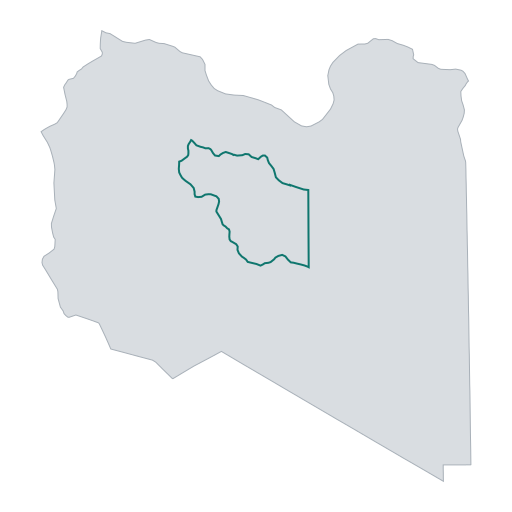 where Al Jufrah sits in Libya
{"feature_id": "LBY-2964", "entity_name": "Al Jufrah", "entity_type": "Municipality", "adm_level": 1, "iso_a3": "LBY", "parent_name": "Libya", "parent_adm1": "", "projection": "natural_earth1", "projection_center": [16.482, 27.933], "detail": "fine", "context": "in_parent", "style": "outline", "palette": "teal", "viewbox_px": 512, "rotation_deg": 0, "n_neighbors": 0, "source": "natural_earth", "source_scale": "10m", "svg_char_len": 4609}
<svg xmlns="http://www.w3.org/2000/svg" viewBox="0 0 512 512"><path d="M46.8,128.0L50.1,126.2L54.7,124.2L57.1,122.8L58.1,121.5L61.6,116.4L63.5,113.6L66.0,109.7L67.1,107.0L67.1,104.5L66.8,101.5L65.0,94.3L63.6,87.3L64.9,84.6L65.9,83.3L68.0,80.0L68.9,79.4L73.5,78.3L75.3,76.1L76.8,73.4L77.1,72.0L79.2,70.4L81.6,68.9L83.1,67.0L87.9,63.9L92.4,61.2L97.5,58.3L101.5,56.0L102.3,54.0L102.3,52.3L100.2,48.5L100.3,43.9L100.5,40.1L100.7,37.8L101.7,31.6L101.8,30.7L105.9,32.8L110.0,33.6L122.5,41.4L126.4,42.3L135.1,43.3L145.5,40.1L149.4,39.5L156.1,42.5L159.1,43.3L164.1,43.6L172.7,46.3L174.9,47.2L179.9,51.5L182.3,52.8L200.1,56.8L202.5,59.4L205.0,64.4L205.0,70.6L206.4,75.1L208.6,80.9L211.3,85.1L214.2,88.5L217.6,90.7L225.5,93.9L234.3,95.1L243.2,95.5L258.5,99.9L271.5,105.0L274.7,107.5L281.3,109.9L294.3,121.8L301.5,125.9L306.6,126.8L311.1,126.0L319.1,121.9L322.5,119.4L330.5,109.1L333.1,103.8L334.1,100.0L333.8,96.1L332.8,92.7L330.5,89.0L328.8,84.3L327.8,75.6L329.0,69.7L330.5,66.1L332.9,62.4L339.6,55.5L346.2,50.5L358.0,44.1L364.9,44.0L367.7,43.3L373.3,38.8L375.6,38.6L378.8,39.7L388.1,39.4L392.2,40.7L397.2,43.5L403.4,45.3L407.8,47.0L412.5,49.3L413.7,54.9L413.2,56.5L413.1,58.7L418.0,62.6L431.8,64.4L434.5,65.4L438.4,68.4L440.8,69.3L450.2,69.7L455.7,69.1L461.0,70.2L462.9,71.2L465.0,73.5L467.5,79.1L468.5,81.0L467.5,81.9L466.1,83.9L465.2,85.6L462.8,88.5L460.8,91.5L461.0,96.0L461.6,100.6L463.1,105.0L464.4,109.9L464.2,113.2L463.2,117.1L462.0,120.4L458.1,127.3L457.5,128.9L457.8,131.2L460.5,139.3L460.7,141.8L462.4,149.7L463.8,156.1L465.5,161.1L465.7,162.5L465.9,169.9L466.0,177.3L466.2,184.7L466.3,192.1L466.5,199.5L466.6,206.9L466.8,214.3L466.9,221.7L467.0,229.1L467.2,236.5L467.3,243.9L467.5,251.3L467.6,258.7L467.7,266.0L467.9,273.4L468.0,280.8L468.1,288.2L468.3,295.6L468.4,303.0L468.5,310.4L468.7,317.8L468.8,325.2L468.9,332.6L469.0,340.0L469.1,347.4L469.3,354.8L469.4,362.2L469.5,369.6L469.6,376.9L469.7,384.3L469.9,391.7L470.0,399.1L470.2,415.5L470.4,431.9L470.7,448.3L470.9,464.7L470.7,464.8L463.7,464.9L456.9,464.9L450.0,464.9L443.2,464.9L443.2,469.0L443.3,473.1L443.3,477.2L443.4,481.3L430.0,473.5L416.6,465.7L403.2,458.0L389.9,450.2L376.5,442.4L363.2,434.6L349.9,426.8L336.6,419.1L323.3,411.3L310.0,403.5L296.7,395.7L283.4,387.9L270.2,380.1L257.0,372.4L243.7,364.6L230.5,356.8L221.4,351.4L211.6,356.7L203.9,360.8L193.7,366.2L182.0,373.2L173.0,378.6L172.6,378.6L172.2,378.4L162.9,369.3L155.7,362.1L152.4,360.1L138.7,356.5L125.1,352.8L110.8,349.0L108.3,343.2L105.4,336.7L101.6,328.6L99.2,323.6L98.4,322.8L87.5,318.9L75.9,315.0L69.1,317.3L67.9,317.2L66.0,315.7L64.1,313.7L63.1,310.9L60.4,307.1L58.1,298.6L57.9,291.7L57.4,289.3L51.5,279.7L46.2,270.9L42.6,265.1L42.0,262.5L42.4,259.2L44.0,256.3L49.3,252.9L54.1,249.1L54.8,246.5L55.2,239.4L53.7,237.1L52.6,232.9L51.5,227.1L51.4,223.5L53.7,216.1L56.3,208.5L54.8,200.0L53.9,183.0L54.9,169.6L54.4,164.7L54.0,162.6L52.5,156.3L50.6,149.8L49.8,147.5L47.3,142.2L43.2,135.7L41.1,131.7L44.1,129.6L46.8,128.0Z" fill="#d9dde1" stroke="#a8b0b8" stroke-width="1"/><path d="M179.2,161.6L181.5,160.8L185.0,158.2L187.1,156.7L188.2,155.1L188.4,153.4L188.4,150.8L187.9,148.4L187.9,146.0L188.6,144.2L190.2,141.8L191.1,140.1L192.3,140.8L194.3,142.9L196.4,145.3L200.5,146.8L203.1,147.4L205.4,148.3L208.6,148.2L210.4,149.1L211.2,150.0L213.0,153.1L215.0,155.5L218.8,156.1L220.5,154.5L223.1,152.9L225.7,152.0L229.5,153.2L232.1,154.1L233.4,155.0L233.9,154.7L237.1,155.6L242.3,155.2L245.2,154.0L248.7,154.3L251.6,157.0L255.6,158.2L258.2,159.2L260.9,156.7L262.9,155.5L264.9,155.5L267.2,157.6L267.8,160.1L269.0,163.1L271.3,165.9L273.6,169.0L274.7,172.7L275.9,177.3L278.8,180.3L282.5,183.1L286.9,184.4L290.0,185.4L290.0,184.9L296.0,187.0L303.7,189.5L308.3,190.0L308.5,233.9L308.6,250.6L308.7,267.2L307.5,266.6L304.6,265.5L300.9,264.5L296.6,263.5L293.5,262.7L290.8,262.4L287.9,259.6L285.4,256.4L282.2,254.9L278.4,255.9L275.4,257.6L274.1,259.3L270.6,262.1L268.4,262.8L264.8,263.2L262.8,264.5L260.5,265.6L256.5,264.0L251.8,262.9L247.7,261.9L246.1,259.6L243.9,257.9L241.9,256.6L238.9,253.3L237.5,249.9L237.7,246.5L236.2,244.2L234.5,243.2L232.1,241.8L230.8,241.2L229.6,239.4L229.3,236.7L229.4,234.3L229.6,231.9L229.6,231.6L229.0,229.4L227.2,228.3L225.5,226.5L223.7,225.4L222.6,224.3L221.8,221.7L221.0,219.0L218.4,214.8L216.4,211.6L216.4,210.6L216.5,209.9L217.4,207.4L218.5,204.2L219.1,201.5L218.7,198.8L216.4,196.3L214.4,195.6L210.9,194.3L208.6,194.2L205.2,194.6L201.6,196.8L198.1,197.1L195.3,196.6L194.6,194.2L194.6,191.7L193.7,188.0L190.5,184.3L185.6,180.9L183.6,179.2L182.0,177.7L180.5,175.1L179.2,172.5L178.8,168.9L179.1,164.8L179.2,161.6Z" fill="none" stroke="#0f766e" stroke-width="2"/></svg>